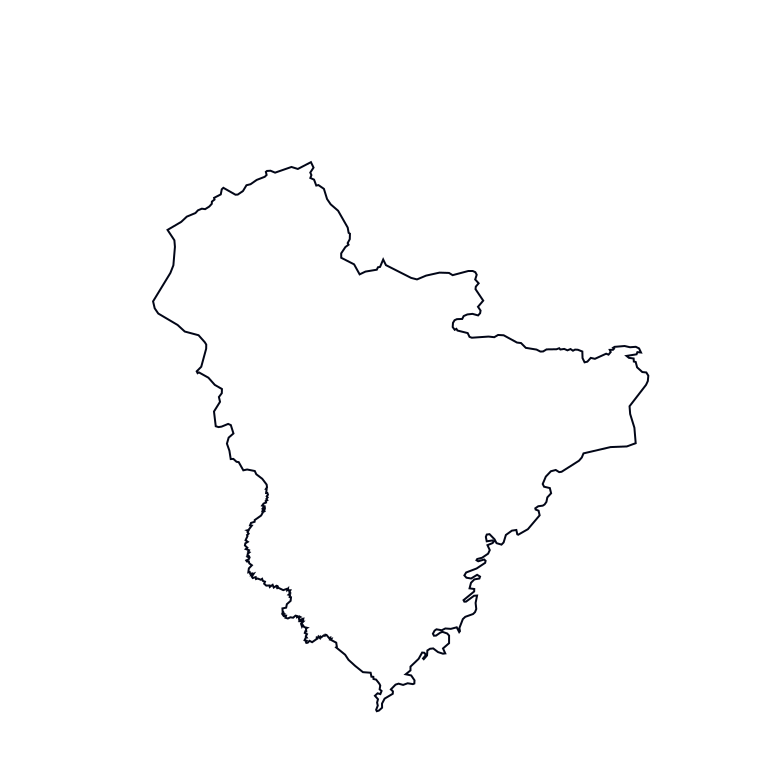 the district of Khian Sa, Surat Thani, Thailand, rotated 52°
{"feature_id": "78962969B19485368092411", "entity_name": "Khian Sa", "entity_type": "district", "adm_level": 2, "iso_a3": "THA", "parent_name": "Thailand", "parent_adm1": "Surat Thani", "projection": "equal_earth", "projection_center": [99.16, 8.76], "detail": "fine", "context": "isolated", "style": "outline", "palette": "ink", "viewbox_px": 768, "rotation_deg": 52, "n_neighbors": 0, "source": "geoboundaries", "source_scale": "gbopen_adm2", "svg_char_len": 6153}
<svg xmlns="http://www.w3.org/2000/svg" viewBox="0 0 768 768"><g transform="rotate(52 384 384)"><path d="M517.4,162.1L513.0,161.1L509.7,162.7L506.5,167.5L502.2,171.0L496.7,179.4L496.5,181.2L497.8,181.0L498.0,182.5L496.1,185.1L498.4,185.7L499.1,189.0L496.9,190.3L494.0,202.3L490.7,205.0L491.6,210.0L490.4,212.6L485.8,211.6L480.5,207.7L476.3,210.2L474.5,212.3L474.1,214.6L471.3,215.5L470.4,218.7L467.3,220.4L465.4,223.8L463.7,223.9L462.8,226.7L456.8,234.6L456.3,238.6L454.7,240.8L450.8,242.6L442.8,250.0L436.1,250.8L433.2,253.7L419.3,259.7L415.6,263.9L415.0,268.3L411.0,272.4L401.6,286.3L399.5,287.6L395.4,286.7L387.1,293.2L385.1,293.0L384.8,294.9L381.4,294.8L378.3,292.0L377.2,289.1L377.8,286.6L380.9,282.3L379.5,279.4L380.5,275.5L383.2,271.1L387.9,267.6L387.4,264.7L385.6,262.7L381.0,262.4L379.4,254.5L365.6,253.5L363.8,251.7L362.9,247.4L357.8,247.8L355.0,243.7L352.1,243.2L349.6,244.5L346.9,247.9L340.5,262.9L336.5,264.4L330.4,271.7L324.5,284.1L321.9,293.6L317.1,297.3L291.5,309.3L285.4,308.0L289.3,315.0L288.3,316.9L289.5,319.3L284.0,329.4L282.6,335.7L271.3,333.9L258.2,340.0L254.7,337.3L252.3,330.1L252.4,326.2L250.6,325.9L248.8,321.8L244.6,318.3L243.1,318.8L238.4,316.3L219.2,313.5L209.6,315.4L203.2,315.0L193.2,311.2L186.9,313.2L185.9,315.2L179.9,313.3L176.3,315.2L174.7,312.6L172.0,311.9L170.1,306.3L164.2,305.0L161.5,319.5L156.0,323.3L150.4,339.7L146.1,342.1L144.1,345.0L144.1,346.5L147.0,347.8L147.3,350.4L144.8,358.7L144.4,366.2L142.7,370.0L145.1,376.3L144.7,382.6L143.4,384.5L130.5,389.8L130.7,392.0L134.1,395.9L132.7,403.3L134.3,404.0L134.3,407.3L136.0,408.8L136.6,412.5L136.1,417.3L133.7,419.6L132.6,423.7L133.2,427.3L130.7,436.4L131.4,443.9L129.3,459.7L141.7,460.7L147.2,464.3L160.8,476.9L165.0,484.0L176.7,515.1L183.2,518.1L189.5,518.5L210.4,510.3L220.0,508.7L231.4,500.1L240.8,499.5L243.5,499.8L246.7,502.4L257.9,517.4L258.7,523.8L260.7,524.2L260.9,522.7L270.9,518.5L280.5,517.9L288.2,514.8L291.4,517.5L292.6,522.1L297.1,524.2L301.0,534.9L313.7,542.6L316.1,540.9L317.6,538.2L319.5,531.4L322.1,530.0L330.3,533.1L330.6,539.4L334.3,544.5L341.4,546.9L348.8,551.0L350.3,548.8L354.5,548.1L356.1,546.6L365.4,548.0L367.1,544.5L373.0,539.4L376.5,540.2L383.7,538.3L391.0,538.4L393.4,539.8L394.0,541.7L394.6,541.2L397.3,544.0L398.0,543.0L399.8,543.6L400.3,545.6L401.7,545.5L402.2,547.5L403.7,547.5L403.4,549.3L404.8,549.9L404.1,552.5L404.8,554.9L406.6,553.6L407.2,555.6L408.0,554.0L409.0,554.7L408.4,556.6L409.1,557.7L409.6,556.1L410.7,556.4L410.4,558.0L412.0,561.8L411.6,569.6L412.9,570.8L411.6,574.3L412.9,576.6L414.2,575.4L415.6,580.7L415.1,581.9L416.2,581.3L416.6,582.7L418.6,582.8L418.7,584.9L419.8,585.2L421.9,589.3L424.5,588.5L424.2,591.4L425.6,593.0L428.9,592.5L429.0,594.5L431.9,592.7L432.6,594.4L433.8,593.7L433.9,595.8L435.1,597.3L436.1,596.4L436.9,596.5L436.5,597.7L438.1,597.0L438.8,598.4L438.2,601.2L439.5,601.3L440.7,599.8L442.4,600.6L445.5,599.7L446.1,604.0L448.9,606.9L449.5,605.6L451.1,606.3L451.9,604.9L452.6,606.1L453.3,603.6L454.4,606.8L456.1,606.9L457.2,604.0L458.9,604.9L459.5,603.3L462.4,601.6L462.5,600.0L464.5,600.7L466.5,599.5L467.6,601.4L470.4,600.9L472.3,598.2L473.6,598.9L473.7,595.4L476.5,596.2L476.8,592.9L477.7,592.3L478.6,592.5L478.9,594.6L479.6,592.7L484.4,590.3L485.7,586.5L486.6,587.1L486.3,585.7L487.4,586.7L488.9,584.8L489.6,586.2L488.8,586.7L491.0,586.5L491.3,588.9L492.5,588.0L493.8,589.5L494.8,588.6L497.4,591.1L497.7,596.1L500.0,598.8L498.3,602.2L501.4,604.3L501.9,603.0L502.1,605.0L503.8,604.2L503.3,605.8L505.2,605.9L506.4,604.0L507.5,605.6L509.6,604.1L510.2,601.4L512.2,599.5L512.1,596.3L513.3,595.4L514.2,596.1L514.8,593.9L516.0,593.4L515.5,594.9L517.8,596.1L519.3,592.1L520.5,593.5L519.2,594.1L519.3,596.2L521.5,593.8L521.9,597.0L524.7,598.0L524.1,596.4L526.5,596.5L528.8,594.7L528.6,596.0L531.0,597.5L530.4,598.1L531.4,599.7L533.7,598.7L534.6,600.9L536.2,601.0L535.7,601.8L537.0,604.3L538.6,603.1L539.0,604.3L540.2,604.6L540.9,603.4L540.5,600.8L543.2,599.6L543.5,594.2L542.5,593.2L543.5,592.9L542.6,591.1L544.9,590.9L544.0,589.6L545.0,589.4L545.0,586.3L546.0,585.7L545.4,584.6L546.4,583.8L550.6,583.7L550.8,582.6L551.9,583.7L552.5,582.2L553.1,583.3L558.4,580.9L562.0,582.9L562.0,583.9L573.4,581.3L579.5,581.8L588.3,580.3L598.1,578.0L603.3,572.3L606.9,574.1L608.2,572.7L610.0,573.9L612.1,572.2L617.3,572.2L619.3,572.6L621.9,575.4L624.4,574.9L626.1,577.8L623.8,579.5L624.1,583.1L628.7,582.8L630.8,585.6L633.6,586.9L635.9,590.8L637.4,591.1L638.2,589.1L637.9,584.8L634.6,582.3L632.3,577.2L633.5,567.8L631.7,566.2L628.9,566.6L628.0,560.0L629.1,557.0L632.9,554.2L634.4,549.6L638.3,546.0L638.7,544.5L636.3,542.4L630.4,542.0L626.1,545.6L626.0,539.5L623.0,537.1L621.9,525.9L619.1,519.3L620.6,517.7L622.4,517.7L623.6,518.8L624.3,522.2L625.3,522.1L624.4,517.2L620.7,513.9L621.0,510.7L622.7,508.0L628.5,506.5L632.8,503.6L634.0,501.6L628.7,500.3L628.3,492.3L622.3,487.6L619.5,487.8L615.5,490.4L614.6,492.5L614.3,497.9L613.1,499.6L610.9,499.2L609.5,496.0L609.6,493.7L613.6,490.1L614.4,486.2L618.1,482.1L620.5,476.5L625.8,477.5L625.5,476.3L622.7,474.8L617.8,466.6L617.5,463.3L620.1,455.4L619.8,452.7L618.1,449.8L612.9,446.6L608.0,440.9L606.3,443.4L606.0,453.3L605.0,454.7L603.3,454.4L603.0,440.7L601.1,439.1L597.7,442.4L594.2,437.8L593.6,433.1L596.0,428.6L594.9,426.9L591.7,428.1L590.9,435.1L587.4,438.3L584.3,438.5L583.1,435.3L586.4,424.6L587.2,414.4L585.9,412.8L584.0,413.1L581.7,418.9L579.8,419.6L579.3,418.3L581.3,413.7L581.8,406.4L580.0,402.9L574.7,401.7L576.2,396.4L575.8,394.6L574.1,394.8L571.2,399.9L567.2,397.9L565.9,395.7L567.3,393.3L574.4,392.5L578.7,393.3L582.9,390.3L582.5,387.3L578.0,380.9L578.3,373.5L580.5,369.6L584.5,371.5L585.4,371.0L587.0,360.0L583.3,342.2L579.0,340.2L576.3,341.8L575.1,341.3L575.3,337.7L577.6,333.8L577.8,331.6L576.9,328.6L573.9,325.1L573.0,319.6L568.1,317.4L563.5,321.1L560.5,320.5L556.6,313.5L555.5,306.2L557.5,301.6L561.3,300.2L562.5,298.1L564.5,277.6L563.7,273.4L561.5,269.5L573.2,244.3L582.7,231.1L585.6,222.1L572.6,213.6L559.2,208.5L552.7,204.2L546.0,178.0L544.1,174.3L540.2,170.6L536.4,170.2L533.6,173.1L526.7,174.3L521.6,172.1L520.1,173.3L517.6,171.6L514.2,174.9L511.2,175.6L516.1,166.7L514.9,164.7L517.4,162.1Z" fill="none" stroke="#020617" stroke-width="2"/></g></svg>